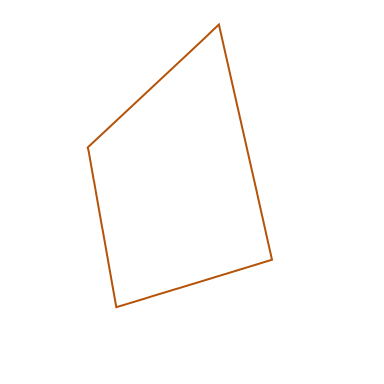 outline of Al Ghayl, Al Jawf, Yemen, rotated 137°
{"feature_id": "15242507B85587651128626", "entity_name": "Al Ghayl", "entity_type": "district", "adm_level": 2, "iso_a3": "YEM", "parent_name": "Yemen", "parent_adm1": "Al Jawf", "projection": "robinson", "projection_center": [44.71, 16.09], "detail": "fine", "context": "isolated", "style": "outline", "palette": "amber", "viewbox_px": 384, "rotation_deg": 137, "n_neighbors": 0, "source": "geoboundaries", "source_scale": "gbopen_adm2", "svg_char_len": 676}
<svg xmlns="http://www.w3.org/2000/svg" viewBox="0 0 384 384"><g transform="rotate(137 192 192)"><path d="M179.7,87.9L170.4,103.8L164.6,113.7L158.2,124.6L148.0,142.1L145.0,147.1L126.5,178.9L118.5,192.6L59.9,293.1L58.1,296.1L67.0,296.1L78.3,295.9L230.8,295.7L232.5,295.7L237.5,295.7L237.9,295.7L239.5,292.7L256.1,267.2L256.5,266.4L266.5,251.1L282.9,225.8L283.5,224.8L285.4,221.8L285.7,221.4L291.5,212.4L296.9,204.1L301.0,197.8L302.0,196.3L304.2,192.9L308.6,186.1L325.9,159.4L321.9,157.4L297.2,145.3L291.1,142.4L281.4,137.6L275.5,134.7L270.9,132.5L270.1,132.1L268.2,131.1L255.3,124.8L253.1,123.7L234.0,114.4L179.7,87.9Z" fill="none" stroke="#b45309" stroke-width="2"/></g></svg>